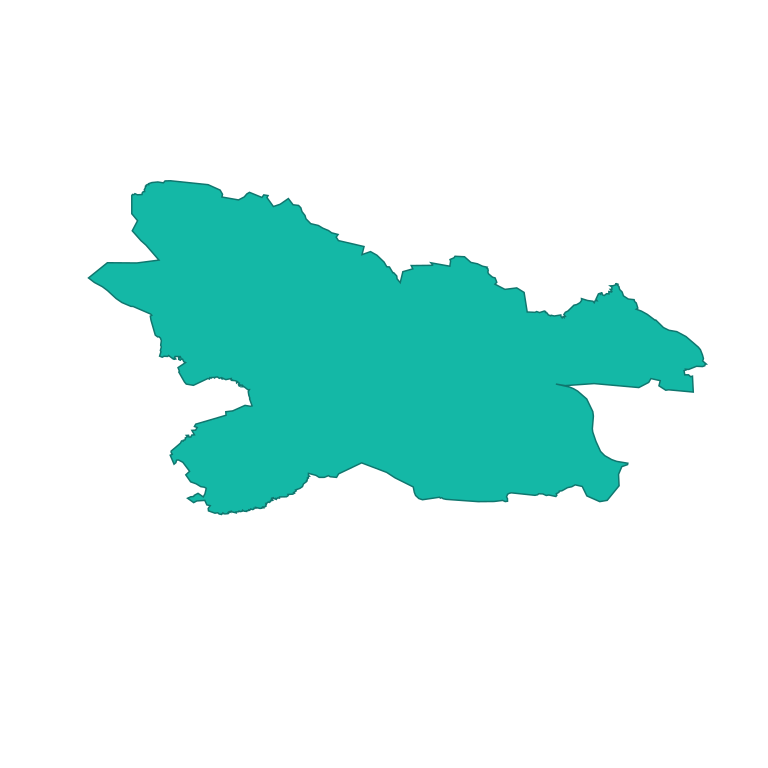 the district of Vaiņodes pag., Vainodes, Latvia, rotated 12°
{"feature_id": "27541924B43996006611053", "entity_name": "Vaiņodes pag.", "entity_type": "district", "adm_level": 2, "iso_a3": "LVA", "parent_name": "Latvia", "parent_adm1": "Vainodes", "projection": "robinson", "projection_center": [21.832, 56.407], "detail": "fine", "context": "isolated", "style": "filled", "palette": "teal", "viewbox_px": 768, "rotation_deg": 12, "n_neighbors": 0, "source": "geoboundaries", "source_scale": "gbopen_adm2", "svg_char_len": 6163}
<svg xmlns="http://www.w3.org/2000/svg" viewBox="0 0 768 768"><g transform="rotate(12 384 384)"><path d="M238.7,544.6L245.5,545.5L248.1,544.5L249.7,545.4L252.2,545.4L252.4,544.6L253.6,544.3L253.4,543.7L255.2,544.2L258.5,543.2L259.1,542.3L258.3,542.0L259.1,541.0L260.4,541.2L260.1,540.7L261.3,540.1L262.0,540.7L266.2,540.8L265.8,540.0L268.2,539.2L268.6,538.4L269.7,538.8L271.7,538.0L271.9,536.8L273.5,537.5L276.1,537.2L276.0,536.7L278.3,535.7L278.0,535.1L279.2,535.0L279.5,534.0L281.8,534.1L282.8,533.2L282.7,532.5L284.8,531.9L284.4,531.4L288.6,531.5L290.3,530.9L290.3,530.3L292.0,530.1L291.4,529.3L292.8,529.1L294.0,527.9L293.4,527.1L294.0,526.4L293.3,525.4L294.0,525.2L295.3,523.5L296.9,523.8L296.4,523.4L297.3,522.8L297.2,522.0L299.0,521.1L298.0,520.8L298.6,520.2L297.9,520.0L297.8,519.1L299.3,518.3L299.5,518.9L302.3,519.2L302.0,518.6L302.8,518.8L303.5,517.6L305.5,517.3L305.3,516.2L312.0,514.6L313.2,513.5L313.6,512.5L313.1,512.0L317.7,510.7L319.1,509.4L318.2,509.0L320.3,506.8L319.5,506.0L323.4,503.6L325.6,501.3L326.0,498.5L328.4,495.7L328.3,494.8L328.8,494.8L328.8,492.5L329.4,491.9L328.8,491.6L329.4,491.1L329.3,489.9L330.1,489.7L329.0,488.9L328.7,487.1L336.4,487.5L340.0,488.8L345.1,487.7L348.7,485.2L350.6,485.9L357.0,485.2L358.3,481.3L378.5,465.8L405.0,469.9L414.3,473.5L434.0,478.6L436.2,483.7L438.1,486.5L441.9,488.8L445.7,489.2L461.9,483.2L462.8,483.9L464.1,483.2L465.7,483.9L468.8,483.9L500.5,479.5L516.2,476.0L524.3,473.2L527.0,473.8L529.2,473.0L528.6,470.4L527.3,469.0L527.8,466.2L529.2,464.9L531.1,464.0L554.8,461.5L557.3,460.4L558.1,459.2L562.2,458.5L565.9,459.3L568.3,458.3L575.5,458.3L576.2,456.9L575.3,455.5L577.6,453.7L577.7,452.4L580.3,451.4L585.1,447.2L589.1,445.4L592.0,442.9L599.2,443.0L605.7,451.3L619.5,454.2L626.5,451.4L635.1,434.7L632.2,423.6L633.8,415.4L639.0,412.2L639.0,410.8L627.6,411.3L622.4,410.6L614.8,408.2L609.8,404.9L603.2,396.0L598.2,387.6L597.1,384.5L595.5,371.9L594.0,367.6L585.4,356.5L574.9,350.7L570.4,349.2L566.2,348.4L552.1,348.3L561.6,347.9L589.4,339.9L634.0,334.5L642.6,327.4L644.0,323.2L653.5,323.3L653.3,328.6L660.9,331.5L663.6,330.5L688.2,327.6L684.1,312.2L682.4,313.1L680.0,311.7L676.3,312.5L674.7,308.5L676.6,307.4L676.0,306.8L679.0,306.4L686.0,301.7L692.0,300.7L694.0,299.4L694.0,297.9L695.1,297.5L690.9,295.2L691.2,292.8L689.5,289.4L686.4,284.7L683.8,282.6L669.5,274.8L659.5,271.9L651.5,272.2L645.6,270.7L636.5,264.9L635.9,265.3L627.2,261.2L620.7,259.2L615.2,258.4L616.5,257.0L613.9,252.3L612.0,251.2L611.1,249.5L605.3,250.1L599.9,248.0L597.8,244.5L594.8,242.5L593.5,239.8L591.8,238.7L592.2,237.8L590.5,237.5L589.9,237.7L590.1,238.7L587.8,240.2L584.9,241.0L586.7,241.8L587.2,244.0L585.6,244.4L587.7,246.1L587.5,246.7L584.7,246.8L585.3,249.1L582.9,249.4L581.0,251.7L579.3,251.4L578.1,249.5L577.4,249.6L577.2,251.2L576.0,250.6L575.0,251.3L573.7,256.9L575.0,258.2L573.3,258.3L572.7,260.8L571.2,259.6L565.8,260.0L559.4,259.4L559.9,261.2L558.8,263.7L555.9,266.3L553.4,267.4L548.7,274.4L546.5,276.1L545.5,278.6L547.3,280.2L546.3,280.5L546.4,281.6L545.1,280.9L544.5,282.3L543.1,281.1L542.6,279.7L536.4,282.1L533.2,282.0L532.9,282.7L530.3,282.2L528.8,280.7L527.0,280.4L527.0,279.5L525.6,279.3L521.3,281.8L518.2,281.4L516.9,282.5L509.1,283.8L502.0,265.3L493.9,262.4L482.6,266.3L471.8,263.3L473.2,261.1L470.6,257.1L468.0,257.0L463.5,254.6L462.2,252.9L462.4,251.6L461.6,249.7L460.3,249.2L460.6,248.3L456.0,248.3L450.4,247.0L443.7,247.0L436.3,242.8L426.9,244.3L426.2,246.0L422.7,248.5L423.6,250.0L423.9,255.1L404.7,255.7L406.9,257.4L406.5,257.9L386.0,262.5L388.2,265.4L379.1,270.2L378.8,281.5L374.9,278.4L374.0,275.7L370.3,273.1L369.6,273.4L365.0,268.4L362.3,268.7L358.7,264.7L350.3,259.5L343.3,257.3L335.6,262.0L335.9,253.7L309.6,253.2L306.7,250.3L308.0,247.3L301.3,247.0L298.0,245.5L291.8,244.3L286.9,242.6L279.0,242.4L273.3,238.6L271.7,235.6L267.9,232.4L266.0,228.9L263.3,227.1L257.8,227.6L251.9,222.5L245.0,229.8L238.9,233.4L230.8,226.0L231.4,223.8L227.1,224.0L225.8,226.9L212.6,224.5L210.3,226.6L208.4,230.1L203.4,234.2L186.6,234.8L186.6,232.0L183.4,228.4L170.5,225.6L132.9,229.6L127.6,230.9L126.4,233.1L120.8,233.4L115.1,235.2L112.1,237.0L112.4,237.9L111.0,238.1L110.1,239.0L110.3,239.8L109.6,240.0L109.7,242.3L109.1,243.5L109.9,245.5L108.5,246.0L107.8,247.3L107.9,249.0L103.4,250.2L100.8,249.6L100.0,250.8L98.6,250.9L98.1,252.1L101.9,269.9L109.0,275.5L105.9,286.5L116.6,294.4L122.4,297.7L138.1,309.6L117.1,317.0L88.2,322.9L72.9,341.7L79.6,344.9L88.3,347.4L94.1,350.1L104.2,356.1L110.7,358.8L120.4,360.7L122.4,360.3L141.2,364.1L142.3,364.8L142.6,365.1L141.3,366.2L142.8,370.0L150.1,383.7L152.8,385.0L154.0,384.6L155.7,385.5L157.2,387.9L157.5,392.5L158.5,394.0L158.3,397.7L159.1,398.9L158.7,403.4L161.5,403.9L163.1,402.6L166.7,402.0L167.4,400.9L171.8,403.0L173.2,402.8L172.7,403.3L173.6,403.5L175.1,402.8L173.7,401.5L173.9,400.5L179.0,399.5L179.7,400.5L177.7,400.9L178.1,402.6L179.8,403.1L180.5,401.9L181.8,401.6L183.5,403.8L185.4,404.3L179.1,410.8L181.2,414.0L180.8,415.0L188.4,423.5L190.6,425.2L197.9,424.9L210.6,415.2L212.2,415.4L212.3,414.0L213.6,414.2L213.6,413.6L216.4,412.9L217.1,413.3L217.4,412.5L219.6,411.7L221.7,412.7L223.3,411.7L224.6,412.8L225.1,412.6L224.7,411.8L228.4,412.6L233.4,410.4L233.4,411.5L234.6,411.6L234.4,412.1L238.0,411.7L239.9,412.1L239.3,412.6L239.6,413.5L240.1,412.9L242.3,413.3L241.8,414.9L242.8,416.1L243.6,416.0L243.4,414.3L243.9,415.0L245.7,414.6L246.4,415.2L245.6,416.2L247.8,415.8L252.0,417.9L253.5,417.5L252.8,419.7L254.1,423.1L255.7,425.7L255.6,426.5L259.5,432.8L257.9,433.6L252.5,433.8L241.5,441.8L235.0,444.0L236.0,447.4L208.2,462.4L207.4,465.0L210.3,465.4L209.3,468.3L205.7,469.3L209.1,473.1L206.6,473.9L206.1,476.0L204.3,476.4L203.5,474.8L201.4,475.4L202.7,476.3L200.8,478.2L201.2,479.0L200.8,480.2L199.3,480.8L199.4,481.6L197.8,481.8L197.2,484.2L189.8,493.8L189.9,494.9L191.5,496.8L189.7,498.1L195.3,506.1L196.8,504.2L196.9,501.7L198.6,501.0L203.5,502.4L212.0,509.8L209.0,514.1L215.2,519.9L221.0,520.7L226.1,522.5L229.8,522.3L231.8,523.0L231.7,528.6L230.7,532.0L224.8,529.6L221.5,532.4L221.2,533.6L218.4,534.5L215.6,536.6L222.5,539.6L225.2,537.3L232.9,535.1L235.9,539.1L239.3,539.1L237.9,542.3L238.7,544.6Z" fill="#14b8a6" stroke="#0f766e" stroke-width="1.5"/></g></svg>